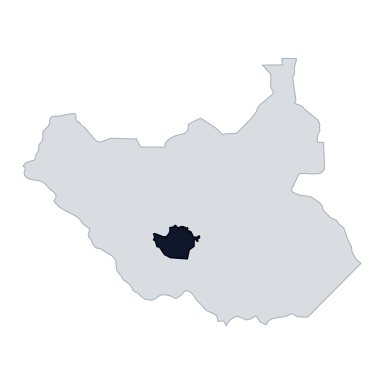 Wulu, Lakes, South Sudan shown in context
{"feature_id": "79223893B61000747889625", "entity_name": "Wulu", "entity_type": "district", "adm_level": 2, "iso_a3": "SSD", "parent_name": "South Sudan", "parent_adm1": "Lakes", "projection": "albers", "projection_center": [29.335, 6.219], "detail": "fine", "context": "in_parent", "style": "filled", "palette": "ink", "viewbox_px": 384, "rotation_deg": 0, "n_neighbors": 0, "source": "geoboundaries", "source_scale": "gbopen_adm2", "svg_char_len": 4318}
<svg xmlns="http://www.w3.org/2000/svg" viewBox="0 0 384 384"><path d="M321.9,302.7L309.6,315.3L308.7,316.1L307.2,317.1L302.1,317.1L296.9,316.6L292.1,313.4L287.3,315.9L284.2,316.7L282.3,317.0L278.0,317.4L271.9,318.8L269.2,320.5L267.7,321.8L266.5,324.3L265.8,324.6L264.7,324.3L263.1,323.3L259.9,321.9L258.2,318.8L256.7,316.9L255.5,316.0L250.3,319.1L247.8,319.8L245.7,319.7L242.0,318.0L237.8,316.5L235.7,316.6L232.5,318.4L228.9,321.2L227.1,324.0L226.2,325.6L224.9,323.1L223.7,321.5L221.9,320.9L218.4,321.5L217.6,320.7L217.4,318.5L216.9,316.6L216.0,315.1L213.3,313.6L206.4,310.6L201.1,304.6L198.5,301.9L196.5,300.1L193.7,295.4L190.6,292.1L186.8,290.6L184.3,291.4L181.7,294.8L176.8,298.1L174.6,298.2L171.7,296.4L168.1,295.2L161.6,294.6L158.9,296.2L155.4,298.7L152.4,300.1L150.6,300.3L148.9,299.7L146.9,299.4L145.3,299.3L141.8,297.0L140.0,295.4L138.8,293.8L136.9,292.7L134.6,291.7L132.9,290.3L132.1,288.5L130.9,286.2L129.2,284.1L123.9,280.4L122.3,278.2L121.3,276.0L119.1,273.7L116.8,270.5L116.1,265.9L116.0,262.1L115.5,260.4L114.6,258.7L113.4,257.2L111.6,255.6L107.3,253.2L102.9,250.4L100.7,248.7L96.7,248.1L94.3,246.5L92.3,243.0L91.5,240.2L89.5,238.1L88.6,236.5L88.1,234.7L89.8,229.2L87.4,227.2L83.9,224.7L81.4,221.9L79.9,219.3L75.5,215.9L65.7,210.9L60.1,207.6L57.0,204.7L54.3,201.9L54.1,200.7L55.9,197.9L56.1,195.6L54.7,193.1L48.9,188.2L44.3,182.9L40.8,181.2L32.3,179.7L29.8,179.1L27.3,178.0L24.8,175.6L24.0,172.8L25.3,168.3L24.5,166.9L23.0,166.5L23.4,165.6L25.1,163.4L27.7,162.0L34.7,159.9L35.1,159.0L35.3,156.2L35.9,154.9L38.3,151.0L38.7,149.4L38.8,146.1L39.2,144.6L39.9,143.5L41.8,141.5L42.5,140.4L42.8,137.8L42.7,132.8L43.6,130.8L48.1,126.3L49.3,124.3L49.7,122.5L49.7,120.6L50.0,118.8L51.3,117.0L52.4,116.5L55.7,116.0L57.9,116.3L73.4,113.3L75.2,113.8L76.0,115.6L75.9,118.6L76.2,120.0L77.0,121.0L79.5,122.4L81.1,124.8L82.0,125.7L84.5,127.3L96.0,140.8L99.2,142.1L102.4,141.6L108.7,138.9L111.8,138.2L133.7,139.0L136.2,138.6L136.3,138.7L139.7,145.5L141.3,147.0L165.3,147.1L164.9,145.2L165.2,143.0L169.4,138.9L170.0,138.4L173.7,136.5L177.4,135.1L184.3,133.6L186.9,131.2L188.3,128.9L188.3,124.5L189.3,123.8L190.9,122.8L199.0,118.9L200.3,118.0L214.6,127.1L222.6,134.3L223.1,134.7L223.5,134.8L223.9,134.6L224.3,134.2L225.3,133.9L228.7,133.8L235.2,133.4L237.3,132.6L250.2,119.6L253.5,115.5L254.3,114.7L256.2,111.7L258.2,106.7L258.6,106.1L272.7,94.0L273.2,93.0L273.3,92.3L271.2,88.2L270.7,86.2L270.6,83.0L271.0,78.0L270.8,74.9L270.6,74.1L270.5,73.9L262.5,65.1L282.5,64.9L282.6,63.8L282.5,63.4L282.1,62.4L281.9,61.0L281.9,60.2L282.0,59.4L282.0,59.0L282.0,58.7L282.0,58.4L296.4,58.5L296.2,61.0L294.5,66.9L294.6,70.4L294.2,74.5L293.7,75.7L293.0,76.6L292.8,77.1L292.7,77.6L295.9,100.2L295.7,101.1L294.9,102.5L294.7,103.0L294.7,103.3L295.0,103.6L301.6,106.0L302.0,106.1L302.2,106.3L304.6,109.2L317.8,119.9L318.2,120.4L319.6,123.7L319.8,124.3L319.8,125.1L319.8,125.7L319.5,127.7L319.6,128.6L319.8,129.2L320.0,129.9L320.0,130.1L319.9,130.6L318.0,134.6L317.4,137.3L317.2,139.7L317.3,141.0L317.6,141.9L317.8,142.2L317.9,142.4L323.6,142.3L323.6,143.6L324.5,164.0L324.5,166.3L324.3,169.2L323.7,170.3L322.1,172.0L320.1,173.5L315.0,173.9L310.8,173.9L307.7,173.6L303.6,173.5L299.7,173.8L298.3,175.1L293.3,186.0L291.7,188.8L291.3,190.4L291.8,191.3L293.8,192.7L298.2,194.6L303.3,195.7L307.0,196.1L309.6,196.6L311.6,197.2L318.8,202.1L321.1,204.4L322.4,206.4L322.7,208.6L323.8,210.7L330.4,217.5L336.7,220.6L339.1,224.2L341.4,226.0L343.6,227.8L344.8,230.7L347.6,238.8L349.5,243.1L351.4,246.6L352.2,252.3L353.7,254.8L355.2,257.9L357.8,260.7L360.5,262.8L361.0,263.4L334.2,290.4L321.9,302.7Z" fill="#d9dde1" stroke="#a8b0b8" stroke-width="1"/><path d="M199.1,236.0L198.2,236.2L197.6,237.4L195.2,237.2L192.8,236.8L192.6,235.3L190.8,231.9L189.4,231.2L189.3,232.2L188.2,232.2L188.4,231.2L187.2,229.9L187.8,228.5L187.4,227.8L186.3,228.3L184.7,227.2L183.8,228.3L183.1,228.3L183.3,226.8L181.3,226.6L177.7,228.0L175.6,225.5L174.9,225.5L174.1,226.8L169.8,227.8L170.1,229.6L169.6,232.6L166.9,236.4L163.7,237.0L154.7,233.6L153.7,234.0L154.7,237.6L153.6,239.8L154.6,240.5L155.5,241.2L157.0,246.6L159.5,247.0L164.5,254.5L166.8,255.7L170.4,257.6L180.2,258.3L187.3,258.8L187.5,257.8L189.2,249.7L194.0,246.3L194.1,239.4L196.0,239.3L196.5,240.8L197.7,241.1L197.3,239.3L199.4,237.7L199.6,236.8L199.1,236.0Z" fill="#0f172a" stroke="#020617" stroke-width="1.5"/></svg>